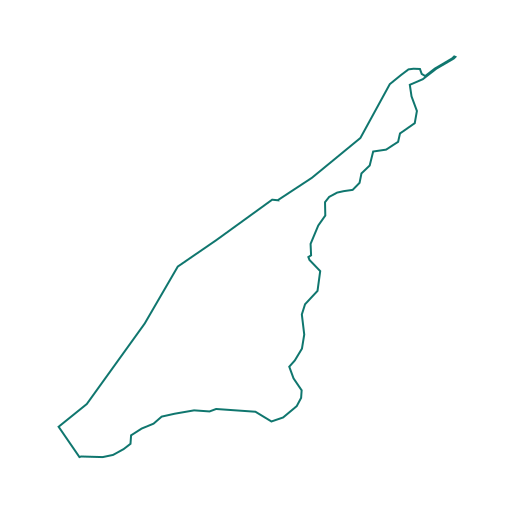 outline of Riverside Road, Soufrière, Saint Lucia, rotated 94°
{"feature_id": "8701671B35979662153697", "entity_name": "Riverside Road", "entity_type": "district", "adm_level": 2, "iso_a3": "LCA", "parent_name": "Saint Lucia", "parent_adm1": "Soufrière", "projection": "equal_earth", "projection_center": [-61.054, 13.895], "detail": "fine", "context": "isolated", "style": "outline", "palette": "teal", "viewbox_px": 512, "rotation_deg": 94, "n_neighbors": 0, "source": "geoboundaries", "source_scale": "gbopen_adm2", "svg_char_len": 1193}
<svg xmlns="http://www.w3.org/2000/svg" viewBox="0 0 512 512"><g transform="rotate(94 256 256)"><path d="M406.2,208.3L402.9,204.9L394.4,201.1L386.8,201.1L375.5,210.0L364.1,215.1L357.5,210.0L345.2,203.7L331.0,202.4L311.1,206.2L300.7,203.7L286.5,192.2L266.6,190.9L256.2,202.4L253.4,203.7L251.5,201.1L240.1,202.4L221.2,196.0L210.8,189.7L197.5,190.9L191.9,187.1L187.1,179.5L185.2,173.1L183.3,164.2L175.8,157.8L168.2,156.8L166.3,156.6L157.8,148.9L143.6,146.4L140.8,133.6L135.7,126.9L132.2,122.2L123.7,120.9L112.4,106.9L100.1,105.6L85.9,112.0L74.5,114.5L67.9,101.8L65.7,99.4L56.5,89.1L45.2,72.5L43.5,71.0L43.3,71.5L43.1,72.2L45.2,74.1L56.5,90.6L64.8,99.9L64.4,100.3L62.8,103.4L58.0,105.5L58.2,111.9L59.2,116.9L65.3,123.9L75.2,134.5L131.0,160.1L174.1,205.7L198.7,238.0L198.9,237.9L198.7,243.8L243.0,296.8L272.0,333.3L331.1,362.3L415.5,414.5L440.1,441.0L468.9,418.1L468.2,416.5L467.3,394.9L464.4,384.7L457.8,374.5L452.1,368.1L443.6,368.1L436.1,358.0L430.4,346.5L422.8,338.9L419.0,326.1L414.3,307.0L414.3,305.5L414.3,293.0L414.3,291.5L411.4,285.1L411.4,263.8L411.4,262.2L411.4,247.2L411.4,245.7L419.6,229.8L420.0,229.1L415.2,217.7L406.2,208.3Z" fill="none" stroke="#0f766e" stroke-width="2"/></g></svg>